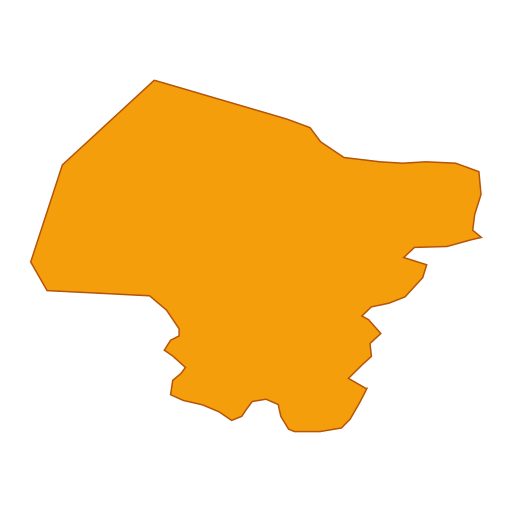 the district of Mariestad, Västra Götaland, Sweden
{"feature_id": "70781695B85574102169861", "entity_name": "Mariestad", "entity_type": "district", "adm_level": 2, "iso_a3": "SWE", "parent_name": "Sweden", "parent_adm1": "Västra Götaland", "projection": "robinson", "projection_center": [13.853, 58.786], "detail": "fine", "context": "isolated", "style": "filled", "palette": "amber", "viewbox_px": 512, "rotation_deg": 0, "n_neighbors": 0, "source": "geoboundaries", "source_scale": "gbopen_adm2", "svg_char_len": 917}
<svg xmlns="http://www.w3.org/2000/svg" viewBox="0 0 512 512"><path d="M47.1,290.6L149.6,295.8L166.5,310.1L179.1,328.8L179.1,335.9L170.6,340.2L164.3,350.2L172.7,356.0L185.4,367.4L181.2,373.2L172.7,380.4L170.6,394.7L183.2,400.4L202.3,404.8L219.2,411.9L231.6,420.4L241.8,416.3L246.1,409.8L252.2,401.5L266.0,399.2L278.2,404.5L280.8,416.3L288.6,429.2L294.6,431.6L319.8,431.6L341.4,428.0L350.1,419.2L359.6,402.7L363.9,394.5L366.9,388.4L366.0,388.5L348.4,378.4L363.3,363.7L371.4,356.4L370.0,343.5L380.8,333.5L368.6,319.7L361.9,316.0L371.3,306.9L388.9,303.2L405.1,296.8L422.7,277.6L426.7,264.8L403.7,257.5L414.5,247.4L446.9,246.5L469.9,240.1L481.3,237.4L472.7,230.2L474.7,214.5L481.0,194.5L478.9,171.7L455.6,163.2L426.1,161.8L402.9,163.2L379.7,161.8L343.9,157.5L320.7,141.9L310.1,127.7L286.9,119.1L154.8,80.4L153.9,80.5L153.6,80.8L62.4,164.9L30.7,262.0L47.1,290.6Z" fill="#f59e0b" stroke="#b45309" stroke-width="1.5"/></svg>